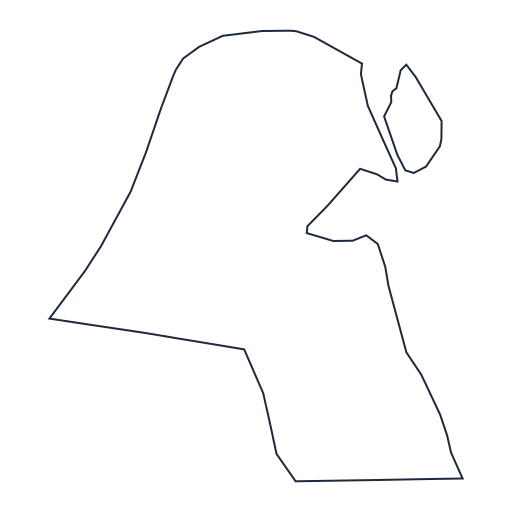 outline of Kuwait
{"feature_id": "KWT", "entity_name": "Kuwait", "entity_type": "country or territory", "adm_level": 0, "iso_a3": "KWT", "parent_name": "Asia", "parent_adm1": "", "projection": "equal_earth", "projection_center": [47.815, 29.315], "detail": "fine", "context": "isolated", "style": "outline", "palette": "slate", "viewbox_px": 512, "rotation_deg": 0, "n_neighbors": 0, "source": "natural_earth", "source_scale": "50m", "svg_char_len": 912}
<svg xmlns="http://www.w3.org/2000/svg" viewBox="0 0 512 512"><path d="M462.6,478.5L425.0,479.1L377.5,480.0L339.1,480.6L295.6,481.3L276.5,453.9L270.1,423.9L263.2,393.2L244.2,349.4L180.6,338.9L146.7,333.2L91.1,324.9L49.4,318.6L84.6,271.5L101.0,246.2L130.7,191.5L145.9,152.6L160.6,109.5L173.2,75.9L175.9,69.7L183.2,58.4L199.4,46.7L222.7,35.8L262.2,31.0L289.9,30.7L296.1,31.2L313.6,36.7L362.0,63.6L360.9,74.2L367.8,105.8L383.2,140.3L395.9,168.4L397.5,181.5L385.9,179.6L377.0,174.3L360.1,168.8L327.3,206.0L307.4,226.2L306.8,233.1L333.3,241.0L352.7,240.7L366.2,235.3L377.8,244.0L385.3,267.0L388.4,285.6L406.4,352.4L421.4,374.9L440.2,414.8L447.1,435.4L451.1,452.8L462.6,478.5ZM426.0,166.6L413.7,173.0L405.3,170.3L397.3,154.8L384.1,116.4L391.3,102.1L391.0,95.9L392.4,91.3L396.4,88.3L400.7,70.2L406.3,64.7L415.6,76.9L441.6,121.0L441.4,139.1L439.9,146.3L426.0,166.6Z" fill="none" stroke="#1e293b" stroke-width="2"/></svg>